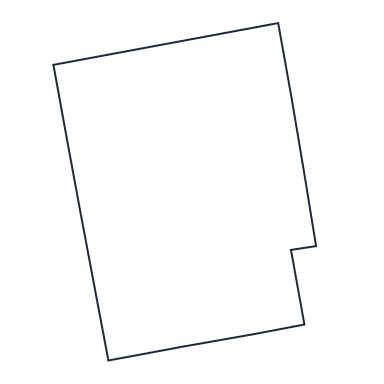 Noble, Indiana, United States of America (orthographic projection), rotated 260°
{"feature_id": "52423323B7904044051324", "entity_name": "Noble", "entity_type": "district", "adm_level": 2, "iso_a3": "USA", "parent_name": "United States of America", "parent_adm1": "Indiana", "projection": "orthographic", "projection_center": [-85.476, 41.395], "detail": "fine", "context": "isolated", "style": "outline", "palette": "slate", "viewbox_px": 384, "rotation_deg": 260, "n_neighbors": 0, "source": "geoboundaries", "source_scale": "gbopen_adm2", "svg_char_len": 313}
<svg xmlns="http://www.w3.org/2000/svg" viewBox="0 0 384 384"><g transform="rotate(260 192 192)"><path d="M42.0,279.7L117.8,279.4L117.2,304.8L191.4,305.8L267.6,306.4L343.4,306.2L341.3,77.6L266.7,78.0L191.6,78.6L40.6,80.4L41.3,155.8L41.3,230.5L42.0,279.7Z" fill="none" stroke="#1e293b" stroke-width="2"/></g></svg>